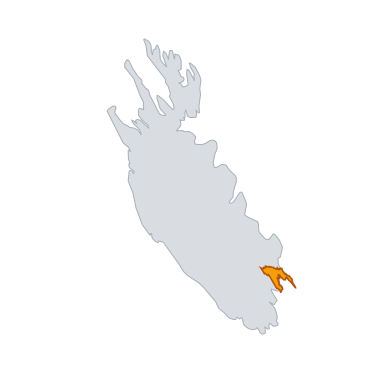 location of Langanesbyggð, Norðurland eystra, Iceland, rotated 65°
{"feature_id": "244011B59191424948734", "entity_name": "Langanesbyggð", "entity_type": "district", "adm_level": 2, "iso_a3": "ISL", "parent_name": "Iceland", "parent_adm1": "Norðurland eystra", "projection": "natural_earth1", "projection_center": [-15.117, 66.073], "detail": "fine", "context": "in_parent", "style": "filled", "palette": "amber", "viewbox_px": 384, "rotation_deg": 65, "n_neighbors": 0, "source": "geoboundaries", "source_scale": "gbopen_adm2", "svg_char_len": 7899}
<svg xmlns="http://www.w3.org/2000/svg" viewBox="0 0 384 384"><g transform="rotate(65 192 192)"><path d="M293.1,144.1L296.4,144.3L301.9,143.0L309.7,139.2L313.0,138.4L320.5,138.4L311.4,142.0L308.0,146.0L305.4,148.0L305.5,148.8L311.9,151.3L315.0,150.5L316.4,150.8L317.6,151.9L318.5,154.2L317.9,156.5L316.0,158.9L313.5,160.9L313.9,161.5L315.9,161.8L326.5,160.7L327.7,163.6L328.7,164.5L328.4,165.5L324.2,168.6L329.2,166.7L333.1,166.1L339.8,167.1L342.6,168.2L344.2,170.2L347.6,169.6L349.1,170.7L349.2,171.9L347.7,175.3L343.7,176.9L346.1,179.3L348.1,179.4L348.5,179.9L348.3,181.4L345.2,183.0L350.3,184.9L351.0,185.6L350.7,187.7L349.8,188.9L348.3,189.7L344.6,189.8L342.4,190.6L343.2,191.9L342.5,195.5L339.6,198.5L336.9,200.1L334.2,201.1L326.9,199.9L327.2,202.5L324.6,204.1L325.1,205.4L326.0,206.1L325.5,207.8L322.2,211.3L319.8,212.4L315.1,213.8L308.3,217.0L301.4,216.9L284.4,221.5L277.7,224.0L265.6,231.4L260.5,233.3L251.8,234.3L225.7,239.2L222.7,242.1L222.6,242.7L223.7,243.9L221.7,245.9L217.7,247.4L215.9,247.4L212.7,246.2L212.2,246.8L213.5,248.3L200.7,250.9L183.0,249.5L167.5,245.9L155.1,245.2L146.5,240.1L146.3,239.3L147.3,237.8L150.5,237.2L149.0,235.6L143.7,238.3L141.9,238.2L139.7,237.2L139.7,236.1L135.3,235.7L127.8,232.5L127.3,231.8L129.1,230.7L128.8,230.5L124.6,230.7L118.6,233.6L83.0,234.8L81.8,233.2L80.6,227.5L82.0,225.1L83.5,225.3L87.5,228.6L97.1,226.7L101.0,225.5L104.7,222.4L106.8,221.4L109.8,217.4L112.8,215.0L118.9,213.8L113.6,213.1L104.5,216.3L101.5,216.3L102.9,214.9L106.1,213.3L104.0,213.2L103.2,212.5L103.2,211.0L104.8,208.7L115.6,204.4L113.1,203.6L105.7,206.9L100.3,208.0L96.0,206.5L94.0,204.5L94.2,203.6L96.9,201.1L96.5,200.6L94.8,200.4L90.2,198.1L82.7,198.3L64.5,196.9L50.5,200.2L47.2,198.7L44.7,195.5L45.3,194.2L47.7,193.5L54.5,193.6L64.6,192.1L69.2,190.2L70.9,190.7L71.7,191.6L77.9,190.2L81.2,188.5L86.7,189.3L107.4,188.5L110.2,186.3L111.4,183.7L110.9,183.2L103.2,185.6L101.5,185.5L92.8,184.3L89.7,182.9L90.8,181.7L95.5,179.3L107.6,175.2L109.3,174.4L109.5,173.4L104.9,171.7L95.9,172.2L93.8,170.1L86.4,168.9L81.5,169.7L78.9,168.4L49.5,174.9L40.3,171.9L33.6,171.4L33.0,170.5L37.1,167.6L39.8,167.1L42.5,167.4L47.5,169.4L51.1,170.0L46.8,167.1L46.7,164.3L45.4,163.6L44.1,161.7L44.7,161.1L50.0,161.5L58.4,164.7L62.6,164.1L68.1,162.1L56.0,160.9L52.4,158.3L55.2,157.0L61.4,157.2L54.7,152.8L54.4,152.0L55.7,150.1L64.4,151.8L59.9,149.2L59.8,148.6L61.1,148.1L61.9,146.5L64.2,145.9L68.5,146.4L75.3,149.5L76.2,150.3L76.3,153.4L79.0,152.9L82.2,153.3L85.0,151.2L86.8,151.7L88.2,153.6L87.8,157.7L89.7,156.2L92.9,156.1L93.6,152.8L93.1,150.1L82.8,147.0L78.8,144.7L79.3,144.0L81.4,143.3L92.3,142.7L87.7,141.4L86.6,140.0L78.4,140.6L74.2,140.0L74.1,139.3L75.9,138.3L81.0,136.2L90.5,136.0L94.3,136.6L101.5,141.2L107.3,143.1L116.9,149.3L123.1,151.7L123.4,152.3L122.3,153.1L119.9,153.9L123.6,155.0L125.8,156.6L125.9,157.3L123.6,162.4L121.2,164.0L115.4,163.1L116.7,164.7L120.8,166.4L121.7,167.3L121.0,168.3L123.1,168.0L123.7,168.5L122.6,171.4L121.5,172.4L125.0,173.0L127.3,174.4L130.0,180.2L131.8,175.8L132.7,174.2L134.1,173.5L136.0,169.0L140.1,166.3L143.7,165.3L147.4,168.5L150.1,168.8L153.2,163.2L153.7,159.1L153.0,154.6L153.6,151.4L155.5,149.5L158.0,148.9L163.2,150.8L167.4,155.3L173.9,160.2L178.4,161.4L179.2,161.2L180.1,159.6L179.6,153.2L181.9,149.8L187.3,149.0L195.6,145.9L197.5,145.8L201.5,147.6L208.7,154.0L213.8,157.0L216.4,161.8L217.6,162.7L218.7,161.2L218.9,159.0L212.8,149.2L212.7,147.9L213.4,146.8L224.7,147.3L227.2,148.4L234.9,154.0L238.8,151.7L246.5,145.1L249.1,145.3L255.6,148.0L258.2,147.8L265.9,145.3L267.5,142.3L264.3,136.0L265.7,134.7L272.8,133.1L280.4,133.4L288.2,139.3L288.5,142.0L293.1,144.1Z" fill="#d9dde1" stroke="#a8b0b8" stroke-width="1"/><path d="M289.8,161.8L292.5,161.4L295.4,161.0L295.7,160.9L296.1,161.1L296.3,161.0L296.5,160.9L296.4,160.8L296.6,160.8L296.7,160.7L296.5,160.4L296.5,160.2L297.3,159.8L297.4,159.7L297.5,159.7L297.9,159.5L298.0,159.4L297.9,159.4L298.3,159.3L298.5,159.2L298.8,159.2L299.1,159.2L299.6,158.9L299.7,158.5L299.8,158.4L300.0,158.2L300.2,157.9L299.6,157.6L300.8,157.3L305.1,156.9L315.1,156.0L315.3,155.6L315.5,155.2L315.5,154.9L316.3,154.8L316.9,154.4L318.1,153.9L319.2,153.9L319.5,153.9L319.8,154.0L320.3,153.9L320.2,153.7L320.2,153.4L320.1,153.2L319.8,152.8L319.2,152.7L319.0,152.4L318.9,152.3L318.9,152.2L318.7,152.1L318.7,151.7L318.5,151.4L318.3,151.3L318.2,151.2L318.3,151.1L318.3,150.9L318.0,151.0L317.8,150.9L317.6,150.8L316.8,150.6L316.7,150.5L316.3,150.6L316.2,150.5L315.9,150.6L315.8,150.8L315.7,150.8L315.5,151.0L315.4,151.0L315.3,150.9L315.2,151.0L314.9,151.1L314.7,151.1L314.4,151.2L314.5,151.3L314.3,151.6L314.1,151.8L313.9,151.9L314.0,151.9L313.9,151.9L313.7,152.1L313.2,152.2L312.8,152.3L313.1,152.3L312.9,152.4L312.6,152.4L312.1,152.1L312.1,151.9L311.9,151.8L311.8,151.7L311.7,151.6L311.6,151.4L311.4,151.4L311.1,151.3L310.9,151.4L310.7,151.4L310.3,151.4L310.2,151.4L310.0,151.5L309.9,151.4L309.8,151.5L309.6,151.4L309.4,151.5L309.3,151.4L309.1,151.5L308.8,151.4L308.8,151.2L308.7,151.1L308.4,151.1L307.9,151.0L306.6,151.3L306.3,151.2L306.1,151.1L306.8,150.5L307.0,150.2L307.0,149.9L306.9,149.8L306.8,149.7L307.0,149.4L307.2,149.2L306.9,149.1L306.4,149.2L306.1,149.2L306.0,149.3L305.8,149.2L305.7,149.3L305.7,149.2L305.3,149.3L304.6,149.3L304.4,149.2L304.1,148.9L303.6,148.8L303.5,148.7L303.4,148.6L303.7,148.3L304.0,148.2L304.4,147.9L304.5,147.7L305.6,147.7L306.5,147.6L307.9,147.1L308.3,146.7L308.8,146.5L309.0,146.4L309.5,146.3L309.7,146.2L309.9,146.1L310.0,146.0L310.3,145.9L310.6,145.7L310.7,145.3L310.8,145.2L311.0,144.6L311.0,144.4L310.8,144.4L310.6,144.2L310.0,143.7L309.7,143.4L309.4,143.1L309.2,143.1L309.2,142.6L309.3,142.5L309.8,142.1L310.3,142.0L310.7,141.9L310.8,141.8L311.1,141.8L311.2,141.7L311.7,141.7L312.4,141.5L312.9,141.5L313.1,141.4L313.6,141.3L313.8,141.2L314.5,140.8L314.8,140.6L315.3,140.4L315.5,140.4L316.1,140.3L316.8,140.1L317.3,140.0L317.6,139.9L317.8,139.8L318.2,139.7L319.8,139.5L320.1,139.3L321.3,139.1L321.6,139.0L322.2,138.7L322.4,138.6L322.2,138.5L321.1,138.6L320.0,138.6L319.7,138.7L318.2,139.2L317.5,139.3L316.7,139.3L315.8,139.2L315.6,139.2L315.2,139.0L314.7,138.7L314.2,138.6L313.8,138.2L313.0,138.2L312.3,138.5L311.9,138.6L311.6,138.7L310.8,138.8L310.3,139.1L309.9,139.5L309.5,139.6L308.8,139.6L308.7,140.0L308.5,140.6L308.3,140.7L307.7,141.0L307.8,141.1L307.7,141.2L307.6,141.3L307.0,141.7L306.7,141.8L306.4,141.9L306.1,141.8L305.9,141.7L305.9,141.9L306.1,142.0L305.8,142.4L305.4,142.6L304.5,142.8L304.1,142.8L303.9,142.8L302.1,143.2L301.6,143.2L301.3,143.2L301.2,143.2L300.9,143.2L300.5,143.2L300.4,143.1L300.2,143.1L299.8,142.9L299.6,143.0L299.1,143.0L299.1,143.3L298.9,143.5L298.7,143.8L298.8,144.0L298.7,144.2L298.9,144.4L298.9,144.6L298.7,144.8L298.8,144.8L298.9,145.0L299.0,145.1L298.9,145.2L299.0,145.3L298.9,145.4L299.0,145.4L299.3,145.4L299.0,145.4L299.3,145.4L299.3,145.5L299.2,145.9L299.1,146.0L298.9,146.3L298.7,146.5L297.3,146.7L298.1,147.1L297.9,147.3L297.4,147.5L297.4,147.8L297.2,147.8L296.9,147.9L297.0,148.1L297.5,148.1L297.4,148.3L297.5,148.5L297.4,148.6L297.2,148.7L296.9,148.7L296.7,148.8L296.2,149.3L295.8,149.8L295.5,149.9L295.1,149.9L295.1,150.0L294.9,150.0L294.7,150.2L294.7,150.4L294.4,150.6L294.3,150.9L294.3,151.0L294.2,151.1L294.1,151.3L293.7,151.6L293.8,151.7L293.8,151.8L293.6,152.0L293.4,152.3L293.2,152.3L293.0,152.5L292.9,152.7L292.7,152.9L292.7,153.0L292.4,153.3L292.8,153.4L292.8,153.5L292.7,153.6L292.6,153.9L292.4,154.1L292.3,154.3L292.0,154.5L291.9,154.7L291.9,154.8L291.8,155.2L291.7,155.3L291.4,155.5L291.2,155.7L291.0,155.9L290.5,156.2L290.4,156.3L290.3,156.5L290.5,156.5L290.9,156.6L291.1,156.7L291.0,156.8L291.0,157.0L290.9,157.2L291.0,157.3L290.9,157.3L291.1,157.5L291.2,157.8L291.1,158.1L291.1,158.3L291.0,158.5L290.9,158.8L291.0,158.8L290.9,158.9L291.1,159.0L291.3,159.2L291.2,159.3L291.3,159.5L291.6,159.6L291.7,159.8L291.2,160.0L291.0,160.4L291.2,160.5L291.3,160.6L289.8,161.8Z" fill="#f59e0b" stroke="#b45309" stroke-width="1.5"/></g></svg>